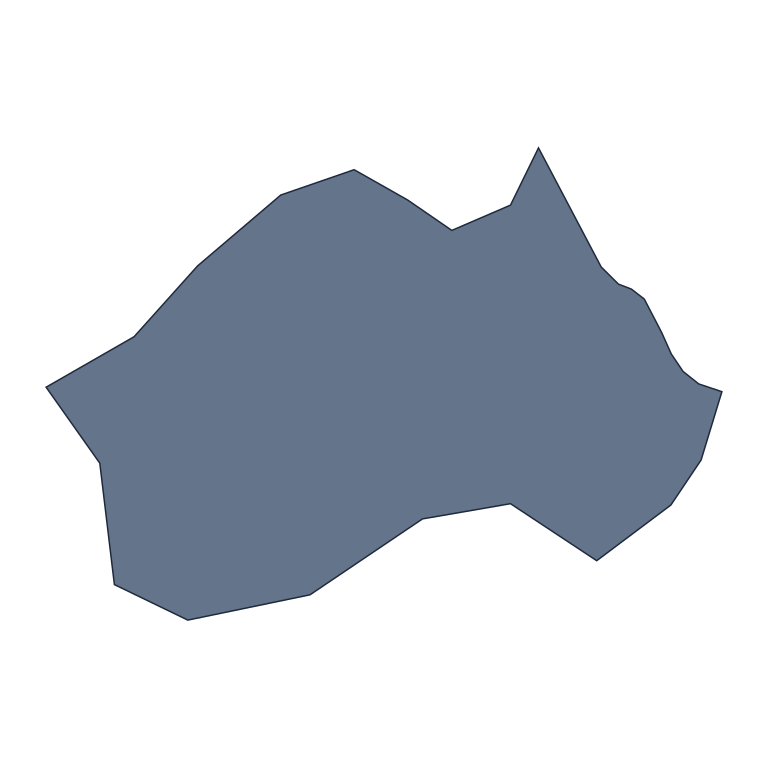 map outline of São Domingos (Albers equal-area conic projection)
{"feature_id": "CPV-5051", "entity_name": "São Domingos", "entity_type": "state/province", "adm_level": 1, "iso_a3": "CPV", "parent_name": "Cabo Verde", "parent_adm1": "", "projection": "albers", "projection_center": [-23.501, 15.012], "detail": "fine", "context": "isolated", "style": "filled", "palette": "slate", "viewbox_px": 768, "rotation_deg": 0, "n_neighbors": 0, "source": "natural_earth", "source_scale": "10m", "svg_char_len": 466}
<svg xmlns="http://www.w3.org/2000/svg" viewBox="0 0 768 768"><path d="M538.5,147.9L601.2,267.0L618.4,284.1L631.4,289.1L644.3,299.1L661.6,332.4L671.3,354.0L683.1,371.5L698.7,383.9L721.9,391.7L701.1,460.0L670.9,505.0L596.7,560.7L510.5,503.7L422.5,518.9L310.0,594.8L187.8,620.1L114.4,584.6L99.8,463.2L46.1,387.2L134.1,336.7L197.7,265.8L280.8,195.0L354.1,169.7L407.8,200.1L451.8,230.4L510.5,205.1L538.5,147.9Z" fill="#64748b" stroke="#1e293b" stroke-width="1.5"/></svg>